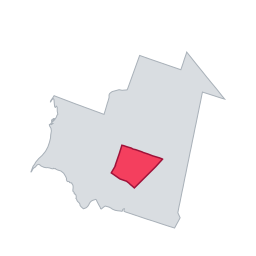 location of Tichitt, Tagant, Mauritania, rotated 19°
{"feature_id": "47542326B42701553126465", "entity_name": "Tichitt", "entity_type": "district", "adm_level": 2, "iso_a3": "MRT", "parent_name": "Mauritania", "parent_adm1": "Tagant", "projection": "orthographic", "projection_center": [-9.94, 18.515], "detail": "fine", "context": "in_parent", "style": "filled", "palette": "rose", "viewbox_px": 256, "rotation_deg": 19, "n_neighbors": 0, "source": "geoboundaries", "source_scale": "gbopen_adm2", "svg_char_len": 3633}
<svg xmlns="http://www.w3.org/2000/svg" viewBox="0 0 256 256"><g transform="rotate(19 128 128)"><path d="M109.7,217.9L109.4,217.8L107.9,216.8L107.2,215.5L106.0,214.6L104.4,213.9L103.4,213.2L102.9,212.4L102.3,211.8L101.6,211.5L101.6,211.2L101.7,210.8L101.6,210.1L100.7,208.5L99.8,207.7L99.0,207.8L98.6,207.6L98.3,207.2L98.3,206.7L97.7,206.2L96.8,206.0L96.1,204.8L95.6,202.5L95.0,200.8L94.1,199.5L93.5,199.1L93.0,199.0L92.9,198.8L92.8,198.4L92.1,198.3L91.1,198.6L90.3,198.5L89.9,197.8L89.3,197.8L88.5,198.3L87.7,198.1L86.9,197.3L86.4,196.5L86.3,195.7L84.8,194.1L81.9,191.7L78.6,190.5L75.1,190.6L73.1,190.4L72.7,190.0L72.3,190.0L71.8,190.4L71.4,190.5L70.9,190.3L70.6,190.4L70.4,191.0L69.2,191.3L66.9,191.3L64.9,191.6L63.5,192.2L61.4,192.5L58.8,192.3L57.2,192.0L56.7,191.5L55.9,191.4L54.9,191.6L54.0,192.7L53.2,194.8L52.5,196.0L52.0,196.2L51.4,197.8L51.0,200.4L50.5,201.5L50.7,195.0L51.5,192.6L51.8,190.5L53.6,185.8L55.7,182.0L57.6,176.9L58.4,172.0L58.4,167.1L58.0,162.7L57.2,159.8L56.5,155.7L55.3,153.4L53.0,151.4L52.5,150.3L53.1,149.9L54.5,149.7L55.5,148.2L53.6,148.7L55.9,144.2L56.7,141.2L56.7,139.1L57.2,137.9L55.6,135.1L54.4,131.6L53.8,131.0L53.1,130.7L53.0,131.5L52.6,132.2L51.8,131.8L50.5,129.2L48.7,125.1L48.0,124.6L47.4,125.2L47.0,125.7L46.2,129.0L46.0,127.7L46.4,126.1L47.0,124.2L47.6,121.5L49.4,121.6L52.4,121.7L58.6,121.9L61.7,122.0L67.9,122.2L71.0,122.3L77.2,122.4L80.3,122.5L86.5,122.6L89.6,122.7L95.8,122.8L98.9,122.9L100.9,122.9L100.8,121.0L100.8,119.5L100.7,117.4L100.6,115.3L100.5,113.3L100.4,111.4L100.4,109.5L100.3,107.7L100.2,106.0L100.1,105.1L99.4,103.2L99.3,102.3L99.5,101.3L100.0,100.4L101.2,98.7L103.0,97.5L105.2,96.0L106.8,94.9L107.6,94.6L110.1,94.3L112.1,93.4L114.0,92.6L114.8,92.1L114.9,90.6L115.4,55.6L124.7,55.7L127.1,55.7L144.2,55.7L146.6,55.7L159.0,55.7L159.0,54.0L159.0,51.7L159.0,48.4L158.9,45.2L158.9,39.5L158.8,37.1L161.3,38.7L166.2,41.8L168.7,43.4L173.6,46.5L178.6,49.6L183.5,52.7L186.0,54.3L188.5,55.8L191.0,57.4L193.5,58.9L198.6,62.0L200.7,63.3L203.9,65.4L206.9,67.3L210.0,69.2L205.4,69.4L199.2,69.5L195.0,69.6L190.7,69.7L186.7,69.8L187.1,73.1L187.6,76.7L188.1,80.3L188.5,83.8L189.0,87.4L190.4,98.2L190.9,101.8L191.3,105.4L191.8,109.0L192.3,112.6L193.2,119.8L193.7,123.4L194.2,127.1L194.6,130.7L195.1,134.3L195.6,137.9L196.5,145.1L197.0,148.7L197.5,152.3L197.9,155.9L198.4,159.5L198.9,163.1L199.4,166.7L199.8,170.3L200.8,177.6L201.3,181.2L201.7,184.8L202.2,188.4L202.7,191.9L204.4,193.7L206.5,195.9L206.0,199.2L205.3,203.1L204.6,207.4L198.8,207.6L193.1,207.7L178.8,207.9L176.0,208.0L161.7,208.1L158.8,208.1L153.3,208.2L151.7,208.1L151.1,207.7L150.9,205.5L150.4,205.7L149.8,206.3L149.5,207.0L149.6,207.9L149.5,208.7L147.7,209.0L145.2,209.6L142.6,210.0L139.9,209.8L139.0,209.6L138.1,209.3L136.0,209.0L134.8,209.0L133.5,209.1L132.0,209.2L131.5,209.6L130.3,211.3L129.2,213.2L128.4,213.2L127.6,212.1L125.3,210.1L122.6,207.5L121.4,206.2L120.7,206.0L119.4,207.0L118.3,207.8L117.1,209.1L116.5,210.3L116.1,211.7L115.9,213.4L115.4,215.3L114.5,216.9L113.3,218.0L112.5,218.6L112.1,218.9L109.7,217.9ZM54.7,145.4L53.7,146.8L53.4,146.2L53.2,145.3L54.1,144.0L54.5,143.3L55.2,143.1L54.7,145.4Z" fill="#d9dde1" stroke="#a8b0b8" stroke-width="1"/><path d="M126.8,175.9L137.0,178.8L144.0,178.8L145.3,179.3L146.1,179.5L147.5,180.1L148.5,180.6L148.9,180.8L149.9,181.1L153.5,182.6L166.8,155.5L170.8,146.2L170.5,146.1L167.3,146.0L160.3,146.3L155.3,146.1L150.4,146.2L149.0,146.0L142.1,146.0L139.8,146.3L137.5,145.9L133.1,146.1L129.5,146.1L127.8,146.3L127.9,148.3L128.1,155.1L128.1,159.0L128.1,167.6L128.4,167.7L128.0,169.8L126.9,175.2L126.8,175.8L126.8,175.9Z" fill="#f43f5e" stroke="#9f1239" stroke-width="1.5"/></g></svg>